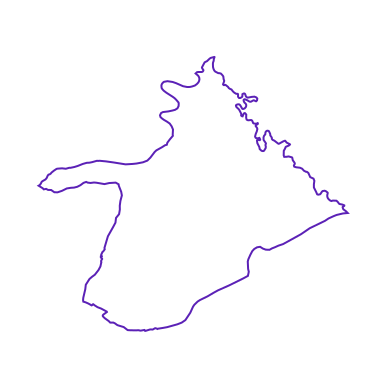 Kenethao, Xaignabouri, Laos, rotated 261°
{"feature_id": "54806243B29120113935386", "entity_name": "Kenethao", "entity_type": "district", "adm_level": 2, "iso_a3": "LAO", "parent_name": "Laos", "parent_adm1": "Xaignabouri", "projection": "orthographic", "projection_center": [101.393, 17.858], "detail": "fine", "context": "isolated", "style": "outline", "palette": "violet", "viewbox_px": 384, "rotation_deg": 261, "n_neighbors": 0, "source": "geoboundaries", "source_scale": "gbopen_adm2", "svg_char_len": 6005}
<svg xmlns="http://www.w3.org/2000/svg" viewBox="0 0 384 384"><g transform="rotate(261 192 192)"><path d="M146.9,342.5L149.0,341.0L151.2,338.8L152.4,338.5L153.5,338.4L153.8,338.6L154.4,340.1L154.6,340.3L155.0,340.3L156.0,338.7L157.1,335.8L157.5,335.4L159.4,334.4L160.8,333.3L161.5,329.8L161.3,328.6L161.3,328.2L162.0,327.1L163.4,325.9L164.7,325.2L166.1,324.9L167.8,325.1L169.4,325.8L170.0,325.9L170.4,325.7L171.9,324.3L172.5,323.2L172.5,321.2L172.0,320.4L170.2,318.8L169.7,318.1L169.6,316.4L170.0,315.4L170.3,315.2L172.4,314.7L177.4,313.1L180.6,313.6L183.9,314.6L186.2,314.1L188.2,311.1L192.6,309.9L193.7,308.9L194.0,308.5L194.1,307.8L195.5,305.9L197.8,304.4L199.1,302.4L200.1,298.8L201.0,297.0L201.7,296.8L202.3,296.8L203.7,297.9L204.3,298.0L205.2,297.7L207.6,296.5L210.1,296.4L210.6,296.1L212.0,293.0L212.0,290.6L212.3,288.6L213.8,288.3L218.3,289.1L220.6,290.9L221.5,291.3L222.0,291.9L222.7,294.7L223.2,295.8L223.7,296.2L224.0,296.0L226.0,293.2L228.0,292.1L228.1,291.5L227.7,289.9L226.1,285.6L226.1,285.0L226.4,284.6L229.8,281.4L230.8,279.9L231.3,279.5L232.0,279.2L233.2,279.3L233.8,279.1L235.6,278.2L237.2,278.3L240.0,277.5L240.4,277.0L240.7,276.4L240.7,275.5L240.4,274.8L239.6,274.0L238.8,273.7L237.5,273.4L236.3,272.0L234.8,271.2L232.8,270.9L231.9,271.0L229.1,272.4L228.3,272.6L226.9,271.9L225.2,272.0L223.8,271.6L221.7,269.8L221.3,269.2L221.3,268.6L221.5,267.7L222.1,266.9L223.8,265.6L226.0,265.5L229.9,264.2L232.6,264.2L233.1,264.5L233.3,264.9L232.6,267.0L233.0,267.5L233.8,267.4L234.9,267.0L234.7,265.0L235.3,263.7L235.9,263.2L237.0,263.0L239.5,264.1L241.6,265.4L243.9,266.4L245.0,266.3L247.2,265.2L247.6,265.3L248.2,266.0L248.6,267.1L249.0,267.7L249.6,267.8L249.8,267.6L249.4,266.4L249.5,265.5L250.0,263.8L250.5,263.2L253.0,262.6L253.7,262.0L253.9,261.0L254.0,259.0L254.3,258.1L254.7,257.6L255.0,257.3L255.6,257.2L256.9,257.1L260.0,257.7L261.5,256.8L261.7,256.4L261.6,255.8L260.8,255.0L258.8,253.8L258.9,253.4L259.5,252.7L260.0,252.5L260.9,252.8L261.8,252.8L265.5,251.6L266.8,250.9L268.9,249.2L270.2,248.9L270.7,249.0L271.2,249.6L271.4,251.1L271.2,252.2L270.6,252.9L269.6,253.4L266.5,254.6L266.1,255.0L266.0,255.7L266.3,257.0L267.2,258.2L268.0,258.8L269.4,259.2L270.7,258.9L272.3,257.7L273.8,257.3L274.5,257.3L275.0,257.5L275.2,257.8L275.4,258.4L275.2,259.0L274.0,260.9L272.3,262.9L272.0,263.8L272.0,264.4L272.9,266.9L272.9,267.3L272.5,268.2L271.8,268.9L271.6,269.7L272.4,270.6L274.1,271.1L275.3,270.4L276.4,268.6L276.6,265.9L276.5,262.7L276.5,261.8L276.7,261.4L277.4,260.6L278.1,260.2L280.4,259.8L280.9,259.4L281.2,258.9L281.1,258.0L280.7,257.1L278.6,256.7L277.9,256.1L277.6,255.3L277.3,254.3L277.5,253.2L278.6,252.5L279.1,252.4L280.8,252.7L281.5,252.7L281.8,252.5L282.1,251.0L283.4,249.4L284.9,248.2L287.1,247.0L287.8,245.8L288.9,244.6L290.2,244.0L292.3,242.1L292.6,241.6L292.5,240.3L292.7,239.9L293.5,239.5L296.2,241.0L296.9,241.2L298.5,240.9L301.2,241.0L301.7,240.8L302.8,240.2L304.4,239.1L305.0,237.9L305.3,236.5L307.3,233.8L308.5,233.0L310.2,232.5L312.1,232.3L315.4,232.7L316.7,233.1L318.1,233.9L320.0,234.4L321.6,235.3L321.8,235.3L321.9,235.1L321.5,231.4L320.9,230.2L318.9,227.3L318.3,225.3L318.0,224.7L313.5,221.3L312.6,221.4L310.7,222.3L310.1,222.2L309.3,221.5L309.0,220.6L309.5,217.3L309.6,215.8L308.5,214.1L305.9,216.3L304.0,217.0L302.3,217.0L300.6,216.4L299.2,215.4L297.8,213.6L296.7,211.5L296.2,208.5L296.1,206.6L296.2,205.1L296.5,203.5L297.9,199.7L302.0,193.3L303.7,190.1L305.3,185.1L305.2,181.6L304.9,180.9L303.8,179.5L303.1,179.0L302.2,178.5L300.5,178.3L299.4,178.3L298.4,178.7L297.1,179.5L296.4,180.0L294.1,182.2L289.1,187.8L287.5,189.4L285.6,190.8L282.5,192.7L282.1,192.7L281.3,192.7L279.0,192.2L276.9,190.7L275.8,188.1L275.5,185.2L275.3,181.2L275.5,175.8L274.8,173.8L272.8,172.4L270.9,172.6L269.3,173.9L267.8,175.4L265.4,178.3L263.1,180.7L260.0,182.2L256.7,183.0L251.6,181.9L250.5,181.9L247.5,178.4L244.6,175.4L242.6,174.5L242.4,172.7L240.9,169.3L238.7,163.3L237.3,161.3L232.5,156.3L230.0,152.8L229.0,148.2L228.8,141.6L229.0,137.8L229.7,130.7L233.5,119.0L235.7,111.8L237.3,105.6L237.4,104.0L237.7,103.1L237.1,97.8L237.0,95.3L237.3,92.7L236.8,88.5L235.6,83.2L235.1,79.7L234.9,75.8L235.1,74.4L234.7,71.0L235.7,67.4L236.1,62.6L236.0,61.8L234.7,59.0L233.1,56.2L232.3,55.4L231.7,54.2L231.6,53.0L230.8,52.1L228.5,50.6L227.3,49.2L226.0,45.8L225.3,44.9L223.9,44.0L222.6,42.5L222.2,41.5L219.1,45.1L217.8,46.0L217.9,48.4L216.6,50.1L216.0,53.2L213.3,56.0L212.7,59.1L213.5,63.8L215.1,68.9L215.1,73.0L214.8,76.2L215.1,79.5L216.2,82.9L218.0,86.3L218.5,89.1L217.6,90.4L216.8,93.2L216.7,96.7L216.1,99.1L213.5,106.8L213.8,111.6L213.2,118.1L211.1,120.7L209.6,120.7L203.3,122.1L199.6,122.2L194.4,119.9L189.7,118.5L186.0,118.0L181.5,116.5L178.3,112.9L173.7,111.6L169.6,108.5L161.4,102.0L150.5,96.8L149.0,96.8L147.2,95.0L146.6,94.0L145.0,93.1L144.7,92.7L143.8,92.4L143.1,92.8L142.5,92.9L142.1,92.4L142.3,91.8L141.9,91.7L140.8,92.2L140.3,92.8L139.9,92.8L138.5,91.6L137.2,91.3L136.9,91.5L132.8,89.9L129.5,87.4L125.5,83.1L123.9,80.0L122.1,77.1L117.0,72.6L112.7,71.4L104.6,68.1L102.3,67.5L100.7,67.5L99.7,69.6L98.3,71.8L97.1,73.4L95.9,74.8L95.7,75.1L95.8,75.5L96.2,76.1L96.5,76.3L96.6,76.9L95.3,78.1L93.0,80.7L91.1,84.0L87.2,89.1L86.8,89.2L84.8,85.3L84.3,84.7L83.8,84.5L83.3,84.5L82.3,85.1L80.9,86.2L77.5,89.6L75.9,90.7L75.7,91.2L75.4,93.6L75.2,94.1L74.1,95.6L72.7,96.9L71.9,98.0L69.3,103.4L65.7,106.8L65.3,108.4L64.2,114.4L63.8,117.8L63.2,119.1L63.1,120.1L63.2,123.4L62.9,123.7L62.2,123.9L62.1,124.3L62.8,129.2L62.3,131.7L63.2,134.1L63.2,134.6L62.6,135.8L62.1,136.4L62.3,137.0L62.3,141.8L62.4,146.3L63.6,156.8L64.6,161.4L66.5,165.4L73.0,171.4L78.6,175.1L80.2,176.6L82.9,180.4L84.1,183.1L86.5,191.0L89.1,197.6L90.8,202.3L93.9,213.9L98.6,229.0L100.4,234.1L104.3,235.6L107.2,235.4L114.6,236.2L116.7,237.1L120.7,239.7L124.2,242.3L126.0,244.6L127.2,247.6L127.2,250.7L125.0,253.2L123.5,255.9L122.8,259.5L123.8,262.2L124.5,265.4L125.5,269.0L126.3,273.8L133.2,292.9L137.8,302.6L142.7,318.8L144.5,322.7L146.0,328.1L146.7,331.2L147.2,337.7L146.9,342.5Z" fill="none" stroke="#5b21b6" stroke-width="2"/></g></svg>